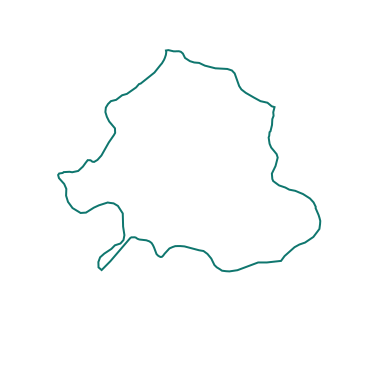 the district of San Martín Sacatepéquez, Quezaltenango, Guatemala, rotated 41°
{"feature_id": "79465075B85200654086420", "entity_name": "San Martín Sacatepéquez", "entity_type": "district", "adm_level": 2, "iso_a3": "GTM", "parent_name": "Guatemala", "parent_adm1": "Quezaltenango", "projection": "mercator", "projection_center": [-91.669, 14.784], "detail": "fine", "context": "isolated", "style": "outline", "palette": "teal", "viewbox_px": 384, "rotation_deg": 41, "n_neighbors": 0, "source": "geoboundaries", "source_scale": "gbopen_adm2", "svg_char_len": 2067}
<svg xmlns="http://www.w3.org/2000/svg" viewBox="0 0 384 384"><g transform="rotate(41 192 192)"><path d="M171.7,310.2L175.0,310.2L175.8,297.8L175.6,267.2L176.0,266.0L177.1,265.0L178.3,263.9L179.4,263.3L181.5,263.1L183.4,262.4L189.2,258.4L192.3,257.2L194.9,257.0L197.3,257.7L199.8,258.8L205.9,262.1L208.1,262.3L209.9,262.0L211.0,261.6L211.8,260.7L212.0,259.0L211.8,256.6L212.0,249.4L213.4,246.4L214.9,243.8L218.6,240.5L222.0,238.0L235.6,231.3L239.4,229.0L244.3,228.6L250.2,229.6L256.8,232.4L260.1,232.6L263.7,232.0L266.3,231.7L269.7,229.4L272.3,227.4L277.6,221.2L288.2,201.7L294.7,196.1L299.3,191.1L304.4,185.6L303.9,179.6L305.6,166.4L307.5,161.2L310.5,156.0L313.1,146.3L312.4,136.3L309.7,132.2L307.8,129.7L305.2,127.9L302.6,126.3L295.9,123.1L295.1,122.0L290.6,120.1L285.3,119.5L277.2,120.7L269.1,123.4L263.9,126.4L259.5,127.4L253.4,129.9L246.2,130.5L244.1,129.5L240.2,125.7L238.0,117.6L234.1,109.8L231.0,107.9L222.6,106.5L218.9,104.7L214.1,100.6L213.4,98.9L211.3,96.0L211.4,94.7L208.4,88.9L204.8,84.3L203.6,81.0L201.0,78.5L198.6,73.8L195.9,75.0L190.4,75.1L184.1,78.5L176.8,80.1L167.5,81.9L162.0,82.2L158.1,81.1L146.4,74.5L142.4,74.1L140.2,75.0L137.9,76.0L128.5,83.3L118.8,88.2L112.7,89.9L108.7,92.8L104.6,94.6L98.8,95.4L94.3,93.5L91.6,93.5L89.7,94.4L86.0,97.8L81.1,100.4L79.5,102.3L80.8,103.3L82.3,105.6L83.5,108.5L84.2,110.7L84.9,114.6L84.9,116.6L85.3,126.5L82.1,143.9L81.2,145.3L81.2,149.8L78.5,160.7L75.8,164.8L74.3,172.2L71.2,176.6L70.9,180.7L71.6,184.8L74.2,188.5L78.4,191.1L83.2,193.1L92.1,194.5L95.2,197.8L95.7,200.2L96.7,209.2L99.7,223.9L99.6,229.8L98.4,233.5L96.9,234.5L94.6,234.6L92.4,236.4L92.6,240.0L93.0,244.4L92.3,250.8L88.6,255.7L86.3,257.1L82.1,261.2L81.9,262.5L79.6,265.2L79.8,267.0L82.5,268.8L90.3,269.8L95.1,272.1L99.4,277.4L104.9,280.8L112.4,282.5L121.7,280.9L125.5,277.1L128.2,268.2L130.5,263.1L135.3,255.2L136.7,254.4L140.3,252.0L145.2,251.1L153.8,253.6L162.7,263.3L169.3,268.9L171.8,273.2L171.8,277.8L168.8,282.8L168.5,287.8L166.2,296.1L165.5,301.6L167.3,306.3L170.9,310.2L171.7,310.2Z" fill="none" stroke="#0f766e" stroke-width="2"/></g></svg>